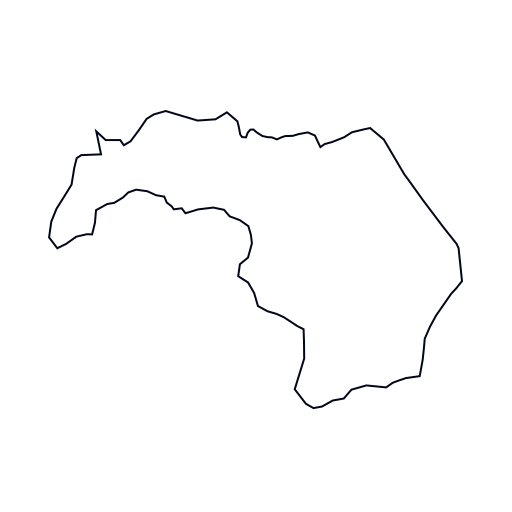 outline of Psevdas, Larnaca, Cyprus, rotated 98°
{"feature_id": "46923920B98368391425464", "entity_name": "Psevdas", "entity_type": "district", "adm_level": 2, "iso_a3": "CYP", "parent_name": "Cyprus", "parent_adm1": "Larnaca", "projection": "equal_earth", "projection_center": [33.47, 34.949], "detail": "fine", "context": "isolated", "style": "outline", "palette": "ink", "viewbox_px": 512, "rotation_deg": 98, "n_neighbors": 0, "source": "geoboundaries", "source_scale": "gbopen_adm2", "svg_char_len": 1781}
<svg xmlns="http://www.w3.org/2000/svg" viewBox="0 0 512 512"><g transform="rotate(98 256 256)"><path d="M113.4,160.8L115.7,167.1L120.1,178.2L126.1,185.2L132.5,196.4L135.6,203.6L139.2,207.4L134.7,210.4L128.5,214.4L126.4,221.9L129.3,230.6L131.9,236.3L133.2,243.8L134.7,246.9L137.6,251.5L136.3,256.9L136.7,260.9L136.3,266.3L133.4,272.7L131.1,276.1L131.7,279.2L135.1,281.4L139.9,282.4L140.2,286.4L137.7,288.6L130.8,290.9L125.2,293.2L117.8,304.8L126.3,315.2L130.0,332.7L125.0,365.6L130.0,376.9L135.4,383.4L147.7,389.5L159.9,396.2L164.7,402.3L160.1,406.6L162.1,421.0L154.8,431.5L176.9,423.6L180.4,443.0L184.1,447.2L193.7,448.2L211.0,448.6L224.9,454.7L236.9,460.1L250.5,463.5L266.4,463.5L276.0,453.8L275.7,453.5L270.5,445.8L261.9,436.7L258.0,426.6L257.4,421.3L245.4,420.1L232.9,420.8L225.2,410.5L223.1,403.8L216.7,396.0L210.8,391.3L207.0,383.9L207.0,378.5L207.0,372.7L209.7,363.5L210.0,355.1L215.5,351.8L218.5,346.5L221.2,343.9L219.1,336.2L223.5,331.8L217.9,319.8L214.0,305.1L214.7,294.1L220.4,287.6L222.7,277.1L227.5,267.7L235.8,264.0L244.1,261.8L258.7,263.7L266.4,270.8L278.5,270.8L283.3,260.2L292.9,252.7L305.3,247.1L309.1,237.0L310.5,227.5L312.8,219.8L319.7,205.2L321.9,198.7L333.8,196.6L350.9,194.0L382.6,199.1L395.4,186.0L398.3,178.7L398.6,177.9L395.9,169.7L388.4,159.8L384.9,149.2L375.1,142.9L368.8,128.7L368.0,108.8L363.1,103.6L362.4,102.8L358.7,95.9L357.5,93.4L357.1,92.6L356.2,91.0L355.9,90.1L352.2,77.2L350.8,77.1L349.6,77.1L348.2,77.0L347.5,77.0L343.4,76.8L335.6,76.5L323.5,76.9L314.5,77.4L301.6,73.8L289.9,69.4L288.5,68.7L266.3,57.5L264.1,56.0L261.9,54.4L261.1,53.8L252.2,48.5L220.0,56.5L216.0,59.1L203.3,72.5L200.6,75.3L183.2,92.7L177.4,98.5L166.9,108.5L160.5,114.6L154.5,120.5L126.3,142.9L122.9,145.6L113.4,160.8Z" fill="none" stroke="#020617" stroke-width="2"/></g></svg>